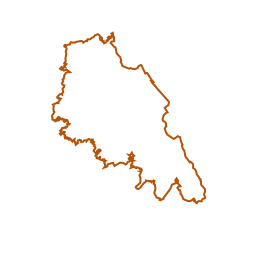 outline of Tulkarm, West Bank, Palestine, rotated 137°
{"feature_id": "87354302B17069565895340", "entity_name": "Tulkarm", "entity_type": "district", "adm_level": 2, "iso_a3": "PSE", "parent_name": "Palestine", "parent_adm1": "West Bank", "projection": "robinson", "projection_center": [35.087, 32.327], "detail": "fine", "context": "isolated", "style": "outline", "palette": "amber", "viewbox_px": 256, "rotation_deg": 137, "n_neighbors": 0, "source": "geoboundaries", "source_scale": "gbopen_adm2", "svg_char_len": 5909}
<svg xmlns="http://www.w3.org/2000/svg" viewBox="0 0 256 256"><g transform="rotate(137 128 128)"><path d="M151.5,85.9L153.3,82.7L155.7,80.1L157.1,79.5L162.4,79.7L162.9,79.0L162.7,77.1L161.8,76.2L159.6,76.0L153.7,76.9L152.6,76.5L151.7,76.7L150.8,77.4L148.9,74.6L148.5,74.7L147.4,73.4L148.0,72.8L147.9,72.3L146.8,72.6L146.4,71.9L145.6,72.1L145.6,71.7L145.0,72.0L144.7,71.3L147.4,69.7L146.9,68.3L149.5,64.7L153.1,62.6L154.5,57.7L152.7,54.6L154.0,54.0L153.6,53.1L150.3,52.0L149.7,52.6L138.7,54.6L134.4,56.6L129.6,54.6L129.1,55.0L129.6,56.2L128.4,57.0L128.8,57.5L126.9,58.0L127.4,55.3L128.7,54.3L129.4,53.0L129.1,51.4L129.4,49.6L130.9,50.7L132.6,50.6L133.1,47.8L132.4,46.9L133.9,44.5L134.5,44.1L134.3,43.7L134.7,41.7L136.0,38.2L134.1,34.0L132.7,32.3L130.6,31.6L129.6,31.8L127.9,31.4L128.2,30.1L128.8,30.5L129.6,29.3L129.0,28.0L129.2,26.7L128.9,26.1L127.2,26.6L126.1,26.3L124.3,24.2L123.9,24.6L121.8,25.2L120.1,24.3L119.0,24.3L117.7,27.6L114.8,29.1L113.3,31.1L113.3,36.2L112.7,37.4L111.0,39.2L111.0,39.9L110.6,40.0L110.4,41.0L109.9,41.2L110.3,42.1L109.7,43.3L109.4,46.9L107.7,50.0L107.2,51.8L107.6,54.5L105.9,56.0L105.0,57.8L105.4,60.8L106.2,60.9L105.4,68.1L102.3,73.0L102.1,75.3L101.1,77.4L100.6,77.8L100.6,78.4L99.4,78.8L99.3,79.8L98.1,82.6L96.2,85.8L97.2,88.1L100.5,88.4L102.1,89.0L103.8,96.6L103.1,98.3L103.2,98.9L101.6,102.4L99.8,103.1L98.9,103.0L98.4,104.2L97.7,104.5L97.0,105.7L96.7,106.9L97.5,109.5L96.5,111.1L93.1,113.0L89.8,113.0L88.4,112.5L87.4,117.7L82.9,117.2L80.2,119.2L79.7,138.1L79.4,140.6L79.6,140.6L79.5,144.9L79.1,144.9L78.9,147.1L78.5,147.0L78.8,144.6L78.0,144.2L77.9,147.5L76.4,154.9L76.7,155.4L78.2,156.0L75.4,164.7L75.8,165.4L77.9,166.0L78.9,166.0L80.0,165.3L82.8,166.2L83.5,167.5L84.2,167.9L85.1,169.9L86.6,170.5L89.8,177.1L88.9,178.8L88.4,181.2L86.9,182.0L85.4,185.1L85.4,190.4L82.2,195.4L82.8,197.5L82.6,200.9L82.8,201.8L81.2,202.5L78.9,200.9L77.8,202.6L76.8,203.1L76.3,204.0L76.6,204.5L74.2,208.0L75.7,208.4L76.3,206.2L78.8,206.8L79.6,207.9L81.2,207.9L81.4,206.9L79.0,206.1L78.9,205.6L81.3,206.4L81.4,205.9L82.2,206.2L82.9,205.6L83.6,205.7L83.2,206.5L84.1,206.6L84.4,205.9L86.0,205.6L87.8,206.3L87.7,206.8L86.6,208.1L87.8,208.6L86.7,210.4L87.8,210.2L88.2,211.2L87.3,212.9L85.7,212.4L86.0,213.7L85.7,215.8L85.9,216.8L86.4,217.3L88.8,218.2L91.6,218.0L92.8,218.7L95.1,218.7L97.2,220.5L98.6,219.4L99.2,220.1L100.8,220.8L102.5,221.0L102.1,222.0L103.0,223.7L107.6,226.6L108.8,226.7L109.1,227.4L110.3,228.1L111.2,229.7L111.9,229.7L113.3,228.8L114.8,229.7L116.8,230.4L117.3,231.7L118.1,231.8L119.0,231.1L118.5,229.5L118.2,229.4L118.5,228.3L119.6,227.3L121.3,226.5L122.8,224.1L126.5,221.4L128.0,219.3L130.3,218.9L129.3,216.7L129.9,216.4L132.0,217.3L132.5,215.2L134.7,216.7L134.9,217.9L137.3,217.8L137.0,215.9L135.5,214.9L135.7,213.7L133.2,212.8L132.4,208.6L134.4,210.2L135.8,210.7L138.9,209.9L139.7,208.8L140.8,208.7L141.2,207.9L142.9,208.0L143.5,206.4L146.1,205.6L146.1,203.5L145.5,202.4L147.2,201.5L149.0,201.5L151.0,198.3L152.6,198.3L153.4,197.3L153.7,198.1L154.8,199.2L158.7,199.0L159.1,198.2L158.7,197.8L158.8,197.0L157.9,196.9L157.2,195.3L158.1,195.4L158.8,194.8L161.5,194.3L162.1,194.6L162.2,194.0L163.1,194.9L166.9,196.3L167.1,194.9L169.1,193.3L171.0,190.9L170.8,190.2L171.1,189.8L175.4,188.7L175.6,188.0L176.3,187.4L176.2,187.0L177.4,186.0L177.3,184.5L176.3,183.9L176.7,182.5L175.6,181.9L174.3,181.9L173.8,181.0L173.3,180.8L172.6,182.3L173.9,183.3L171.4,183.6L170.8,181.7L171.5,180.7L170.5,179.3L170.1,179.9L169.6,179.5L169.5,178.8L169.7,178.3L169.2,177.6L170.4,176.7L170.4,175.9L169.1,175.2L168.2,176.8L167.1,175.4L167.4,173.9L168.8,171.6L168.0,170.8L168.5,170.6L169.9,172.3L170.9,170.7L172.6,170.4L172.9,171.4L174.0,171.0L174.2,171.7L175.5,172.1L175.4,172.4L176.5,173.0L178.0,172.2L179.4,172.4L179.4,171.7L178.4,171.3L179.1,170.6L179.7,170.9L180.3,170.6L180.5,169.8L181.6,170.3L181.8,169.7L181.3,169.5L181.6,168.8L177.7,169.0L176.3,167.7L177.4,168.2L178.3,168.1L179.2,167.2L178.9,165.7L179.9,165.3L179.7,164.4L180.9,163.9L181.1,163.3L180.2,162.3L179.6,162.8L178.8,162.6L178.3,161.6L178.0,160.7L179.2,161.3L179.3,160.0L178.3,160.0L178.3,159.2L177.5,159.1L177.9,157.2L177.5,156.3L177.9,156.3L177.9,155.8L176.9,155.8L176.5,156.4L176.0,156.5L174.7,156.2L175.6,155.6L175.7,154.9L175.9,155.5L176.3,154.8L176.2,154.2L177.7,151.3L174.6,151.2L174.7,152.3L172.8,153.0L172.5,152.4L171.5,152.4L170.8,151.1L171.8,149.8L170.4,148.6L168.8,148.9L167.0,147.6L167.5,146.6L164.6,146.9L164.0,146.6L163.5,144.0L164.8,142.6L164.3,141.9L163.2,142.4L162.4,144.2L161.6,143.6L162.5,142.4L162.4,140.7L164.5,140.3L164.0,138.5L164.4,138.5L164.8,137.6L165.2,137.6L164.8,136.4L166.1,135.2L167.5,135.4L168.7,134.8L168.8,131.9L168.5,131.0L169.0,130.5L167.9,130.4L166.6,130.9L167.2,131.4L166.5,132.2L165.9,132.3L164.5,132.0L164.2,132.2L163.7,131.9L163.2,131.0L163.4,130.5L163.9,130.5L163.6,130.1L164.0,129.9L165.5,130.3L166.1,130.0L166.8,130.4L166.7,130.0L167.2,129.8L170.4,130.1L170.7,129.9L170.3,128.8L171.5,127.5L171.1,126.6L170.3,126.6L170.1,125.8L168.1,126.0L168.1,125.6L168.7,125.3L170.1,125.0L169.4,122.7L167.9,122.3L168.1,121.5L166.7,121.1L167.1,120.1L166.7,119.3L168.4,119.6L168.3,118.9L169.4,118.3L169.4,117.5L170.7,115.7L172.5,115.3L169.3,114.0L167.8,115.3L163.2,113.1L162.6,112.6L163.1,112.1L163.6,109.4L157.5,108.1L155.3,105.6L154.7,103.0L153.2,102.7L151.4,103.3L149.9,102.5L148.8,103.0L148.3,105.2L147.0,105.2L146.5,104.5L145.5,104.5L145.7,107.5L145.3,106.9L144.2,106.8L142.0,107.4L143.0,104.4L142.4,104.0L142.4,103.4L144.5,103.6L145.2,103.0L144.9,102.7L145.1,102.4L145.7,102.6L146.0,101.9L147.4,102.8L146.3,100.5L147.6,101.4L147.9,101.2L147.5,100.6L148.2,99.7L149.2,99.2L150.4,99.2L150.7,98.3L151.5,98.2L151.7,97.4L153.1,96.9L152.3,96.5L150.8,97.3L150.2,96.9L150.3,96.5L150.7,96.5L150.5,95.6L149.7,95.2L149.8,93.7L149.1,93.0L148.4,93.3L147.3,91.3L147.3,89.7L146.2,89.6L146.2,88.6L147.1,87.4L147.6,87.3L148.7,88.0L148.3,87.1L150.1,86.1L151.5,85.9Z" fill="none" stroke="#b45309" stroke-width="2"/></g></svg>